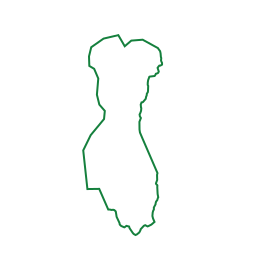 Unicoi, Tennessee, United States of America (Natural Earth projection), rotated 308°
{"feature_id": "52423323B48886024703074", "entity_name": "Unicoi", "entity_type": "district", "adm_level": 2, "iso_a3": "USA", "parent_name": "United States of America", "parent_adm1": "Tennessee", "projection": "natural_earth1", "projection_center": [-82.426, 36.107], "detail": "fine", "context": "isolated", "style": "outline", "palette": "green", "viewbox_px": 256, "rotation_deg": 308, "n_neighbors": 0, "source": "geoboundaries", "source_scale": "gbopen_adm2", "svg_char_len": 1544}
<svg xmlns="http://www.w3.org/2000/svg" viewBox="0 0 256 256"><g transform="rotate(308 128 128)"><path d="M160.4,53.2L153.1,59.3L153.8,64.9L148.7,74.1L135.1,83.0L128.8,91.0L127.2,99.2L120.3,103.6L99.4,103.0L82.8,106.5L54.9,133.6L62.3,142.8L51.6,162.6L52.5,163.8L53.3,165.5L54.4,166.6L54.9,167.8L54.7,169.7L52.8,171.8L51.0,173.7L47.9,179.8L47.1,180.6L46.8,181.2L46.6,182.9L47.4,186.1L47.6,186.4L49.9,187.0L51.0,189.5L50.0,191.0L48.3,196.2L48.0,197.7L48.3,199.8L49.6,200.5L52.6,201.2L54.9,200.8L56.1,200.3L60.7,200.7L62.0,201.4L62.5,204.0L63.1,204.4L66.3,205.9L70.3,206.7L72.2,203.3L73.7,201.4L76.6,199.5L78.0,198.9L79.8,198.5L81.3,197.3L84.8,196.7L85.7,196.1L87.4,195.4L89.0,195.5L91.3,194.6L92.0,194.5L94.2,192.0L99.5,187.4L100.6,186.7L101.0,186.2L101.1,184.9L101.6,184.1L105.0,183.0L109.0,179.7L110.6,179.0L128.8,145.6L131.8,140.2L133.9,138.0L139.9,133.2L143.8,132.0L144.5,130.2L145.8,128.8L147.6,128.4L149.6,127.7L151.9,126.2L152.1,125.7L154.3,123.6L156.5,122.9L157.1,123.5L157.7,123.8L161.9,124.0L163.8,123.0L165.1,122.7L166.7,121.7L168.3,121.6L169.6,120.9L173.6,118.0L174.1,117.0L176.0,115.6L178.1,114.4L181.5,113.3L181.9,113.5L185.3,116.9L186.0,117.0L187.9,116.6L189.2,117.5L190.1,117.8L191.4,117.5L192.3,116.2L193.6,114.3L195.3,114.2L196.5,114.3L197.1,115.1L198.9,115.8L200.2,114.8L200.6,114.0L201.4,112.6L203.0,111.5L203.5,111.2L203.9,110.7L204.2,110.2L206.9,107.7L208.3,106.0L209.0,103.5L209.4,102.4L206.6,85.2L198.9,76.8L190.4,75.1L195.2,63.2L183.4,53.7L169.0,49.3L160.4,53.2Z" fill="none" stroke="#15803d" stroke-width="2"/></g></svg>